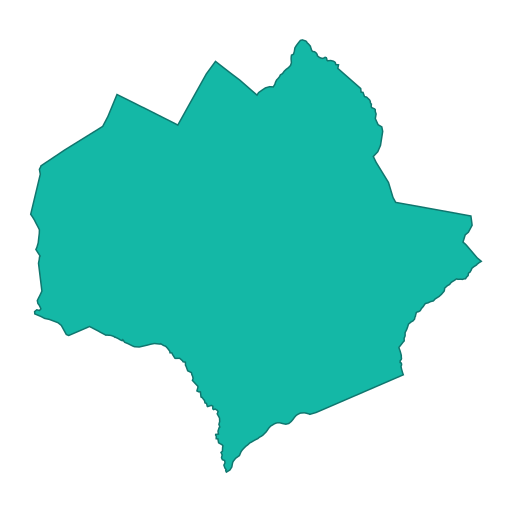 San Sebastián Río Hondo, Oaxaca, Mexico
{"feature_id": "50627088B23395103258553", "entity_name": "San Sebastián Río Hondo", "entity_type": "district", "adm_level": 2, "iso_a3": "MEX", "parent_name": "Mexico", "parent_adm1": "Oaxaca", "projection": "orthographic", "projection_center": [-96.416, 16.202], "detail": "fine", "context": "isolated", "style": "filled", "palette": "teal", "viewbox_px": 512, "rotation_deg": 0, "n_neighbors": 0, "source": "geoboundaries", "source_scale": "gbopen_adm2", "svg_char_len": 4985}
<svg xmlns="http://www.w3.org/2000/svg" viewBox="0 0 512 512"><path d="M470.9,216.0L430.8,208.7L395.7,202.4L393.0,197.5L388.5,182.5L376.1,162.3L373.3,156.5L377.8,151.7L380.5,145.4L382.7,131.4L381.8,126.9L378.1,124.7L375.3,118.6L376.1,114.0L375.3,111.6L375.2,109.5L374.4,108.8L371.7,107.6L371.2,106.5L371.4,104.1L370.7,103.5L370.3,102.3L370.3,101.4L369.6,100.0L366.6,97.1L364.5,96.6L363.0,92.4L361.1,92.1L360.7,88.5L337.8,68.4L338.5,64.8L335.9,64.6L335.5,63.5L335.3,62.6L334.6,61.9L333.9,61.5L333.4,61.2L331.1,60.6L330.5,60.5L330.0,60.6L329.1,60.6L327.7,60.8L326.9,60.1L326.8,59.0L326.3,57.7L325.1,57.3L324.4,57.7L323.7,58.1L322.6,58.4L320.8,58.0L320.3,57.8L319.1,57.2L317.4,55.8L317.1,54.4L316.4,53.2L315.1,52.1L314.5,51.7L313.7,51.6L312.7,51.5L312.0,50.8L311.6,50.1L310.6,47.1L310.5,46.7L310.4,46.2L309.2,44.8L308.2,43.7L307.2,42.9L306.7,41.9L305.8,41.0L304.5,40.6L302.4,39.9L300.4,40.4L298.5,42.7L296.3,45.6L294.9,47.9L294.3,51.6L293.4,54.3L291.5,55.1L291.2,56.9L291.1,59.0L291.4,62.8L290.5,65.5L288.4,67.7L286.2,69.3L284.3,71.1L282.5,73.6L280.4,74.9L279.4,76.9L278.0,78.6L276.6,80.0L275.5,82.2L274.9,84.2L273.3,86.9L269.6,86.7L265.4,87.9L262.1,90.1L258.6,92.6L257.0,95.1L251.0,89.9L239.8,80.1L230.4,73.0L221.9,66.4L215.5,61.4L206.4,73.8L188.7,105.5L177.8,125.1L176.2,124.2L143.6,107.7L142.0,107.0L139.2,105.6L135.1,103.5L117.0,94.5L107.7,117.0L107.7,116.9L102.7,126.4L65.1,149.7L41.0,165.8L40.6,167.0L39.4,169.3L40.3,174.2L30.7,214.3L32.5,216.9L34.4,220.0L36.0,223.2L38.4,227.7L39.4,229.8L39.3,233.4L38.6,239.2L38.2,242.9L36.9,247.3L35.9,249.5L38.2,253.1L40.1,256.0L39.5,257.0L39.2,259.7L38.5,263.2L41.9,291.1L40.6,293.9L39.7,295.8L38.7,297.7L37.3,300.6L37.6,302.0L37.9,303.5L39.2,305.2L40.4,307.6L40.9,308.9L39.4,310.5L36.8,309.8L34.6,311.6L34.8,313.9L41.0,316.5L44.6,318.4L49.3,319.4L58.0,322.7L61.3,325.4L66.3,334.5L68.7,335.5L80.1,330.6L89.5,326.5L98.6,331.2L99.9,332.0L101.4,332.8L103.5,333.9L105.4,334.9L105.6,335.1L107.5,335.1L109.1,335.3L109.4,335.2L111.2,335.5L113.7,336.4L114.8,337.2L115.0,337.0L115.7,337.4L118.1,338.5L120.2,339.8L122.2,340.7L122.3,340.6L122.8,339.8L124.7,342.3L127.9,343.6L132.9,346.1L134.4,346.7L137.8,346.9L139.2,347.0L141.0,346.6L144.4,345.8L147.4,345.1L150.7,344.2L154.4,343.5L160.3,344.1L160.7,343.7L163.4,345.4L165.7,346.3L167.5,348.2L169.8,351.3L170.0,352.8L171.8,352.9L172.7,354.7L174.9,358.2L175.4,358.4L179.7,358.3L182.5,360.8L183.1,361.8L185.4,362.2L185.5,365.3L186.1,366.4L186.3,366.9L187.7,370.8L191.4,372.6L191.9,374.8L192.0,374.9L192.6,376.3L193.1,378.4L192.4,380.4L195.7,384.0L197.9,386.3L197.9,387.5L196.9,390.9L198.6,391.8L200.4,391.9L201.0,396.9L201.3,397.3L202.0,397.3L204.0,400.0L204.4,400.2L205.0,402.9L206.5,403.4L207.3,406.4L207.6,406.6L211.3,405.4L212.8,406.2L212.8,408.9L213.7,409.6L215.1,409.0L217.1,410.2L218.1,411.6L217.5,413.3L217.2,413.8L219.5,418.0L219.7,421.5L218.9,424.4L219.1,424.8L219.8,427.1L219.1,427.7L218.0,431.1L218.4,434.1L215.7,434.4L215.6,435.0L216.3,436.2L216.2,438.7L217.9,438.9L218.6,442.8L222.1,444.8L222.9,445.8L222.6,447.4L222.4,451.3L221.0,452.4L222.2,454.9L221.5,457.7L222.4,459.7L224.6,460.5L225.0,462.8L223.9,465.1L224.9,468.0L226.1,469.6L225.7,470.4L226.1,471.7L226.4,472.1L229.9,470.0L231.8,467.0L232.2,464.8L232.7,462.4L233.4,461.1L235.6,458.3L239.4,455.6L241.0,451.8L242.0,450.3L243.5,448.6L245.9,446.2L247.8,444.8L249.8,442.9L251.4,442.1L253.9,440.6L256.1,439.4L257.7,438.7L259.3,437.3L261.7,436.0L263.3,434.8L264.4,433.6L265.9,432.2L267.3,430.3L268.6,428.3L270.6,426.1L272.8,424.8L274.4,423.8L276.1,423.1L277.3,422.8L279.9,422.8L281.3,423.2L282.8,423.6L285.8,424.2L288.8,423.5L291.2,421.5L293.0,419.4L294.5,417.3L296.3,415.3L298.1,414.2L300.3,413.1L304.3,412.8L306.3,413.2L308.5,413.8L309.2,414.0L309.7,414.3L309.9,414.3L316.1,412.5L403.3,374.8L402.5,372.5L401.6,369.3L401.0,366.5L401.1,366.1L401.4,365.5L401.6,364.5L401.4,363.3L400.8,362.6L400.5,362.7L400.3,362.7L400.1,362.5L400.2,360.7L400.5,360.3L401.0,359.8L401.3,359.3L401.5,358.7L401.3,357.0L401.3,355.4L400.2,351.3L399.3,348.8L398.9,347.7L399.0,347.3L401.0,344.8L403.1,342.1L404.2,340.9L404.1,338.3L405.1,335.9L405.1,332.6L406.6,329.7L407.6,327.0L408.5,324.1L411.3,321.8L413.0,320.9L414.6,319.0L414.8,317.5L415.5,316.1L415.6,315.0L415.9,314.1L416.3,312.6L417.7,311.7L418.6,311.7L420.3,310.6L421.4,308.6L423.3,306.5L424.3,304.9L425.4,303.5L428.2,302.8L428.9,302.4L430.6,301.6L433.4,300.9L435.2,298.9L439.2,296.4L440.3,295.3L441.3,294.5L444.1,291.2L444.5,289.8L444.6,288.2L447.6,285.5L448.9,284.9L449.8,284.2L450.9,282.7L451.9,281.9L454.5,280.3L456.5,278.9L457.9,279.3L460.6,279.2L462.6,279.4L463.8,278.9L465.1,278.8L465.5,278.8L465.9,278.2L466.5,277.2L468.1,275.6L468.3,274.5L468.4,273.4L468.7,272.9L469.5,272.5L470.1,272.0L470.8,270.7L471.3,269.9L471.8,268.4L473.7,266.8L476.2,265.2L476.7,264.8L477.1,264.2L478.2,263.4L479.6,262.3L480.5,261.9L481.3,261.3L477.2,257.9L473.3,253.3L466.4,245.2L465.1,243.9L463.0,242.1L465.2,234.9L468.4,232.2L472.1,225.3L471.8,222.7L470.9,216.0Z" fill="#14b8a6" stroke="#0f766e" stroke-width="1.5"/></svg>